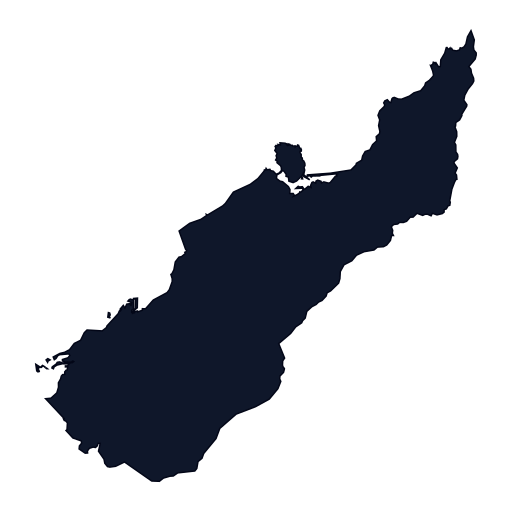 the district of Nelson City, Nelson City, New Zealand
{"feature_id": "76426892B89864020181471", "entity_name": "Nelson City", "entity_type": "district", "adm_level": 2, "iso_a3": "NZL", "parent_name": "New Zealand", "parent_adm1": "Nelson City", "projection": "robinson", "projection_center": [173.399, -41.222], "detail": "fine", "context": "isolated", "style": "filled", "palette": "ink", "viewbox_px": 512, "rotation_deg": 0, "n_neighbors": 0, "source": "geoboundaries", "source_scale": "gbopen_adm2", "svg_char_len": 5977}
<svg xmlns="http://www.w3.org/2000/svg" viewBox="0 0 512 512"><path d="M151.7,481.0L159.4,481.3L163.4,478.1L170.0,476.2L173.3,476.0L177.7,472.9L194.8,471.0L196.8,468.5L198.0,461.6L202.0,458.3L203.7,453.5L216.0,438.6L219.8,428.4L236.2,414.1L255.5,406.7L269.3,399.1L277.9,388.7L280.8,381.4L279.7,379.0L279.9,376.1L283.5,372.4L284.3,369.5L284.4,368.5L283.0,366.8L282.5,365.2L282.7,360.9L284.6,358.1L278.7,343.6L290.7,333.4L295.7,326.9L301.7,322.8L302.6,320.7L305.2,318.1L306.8,311.4L311.9,306.7L316.1,304.5L318.5,302.1L322.0,300.5L326.1,296.1L327.1,292.8L330.6,290.9L338.6,283.1L339.9,278.7L340.3,271.6L344.0,264.8L351.8,260.8L356.5,255.2L364.1,251.7L374.0,250.0L377.4,247.1L383.5,246.7L386.7,245.0L390.4,240.5L391.6,235.5L393.4,235.5L392.3,233.3L392.7,230.4L391.3,226.7L393.7,224.5L397.7,224.0L399.6,222.4L403.3,222.5L406.6,221.3L410.2,217.2L413.1,217.1L417.0,213.3L422.7,215.4L425.0,214.3L427.4,214.2L431.1,215.8L432.4,213.3L437.0,214.9L442.3,213.6L444.1,212.1L444.1,209.6L446.3,208.9L448.1,205.8L449.8,205.3L450.3,202.1L449.7,201.0L451.9,189.1L454.5,182.2L455.9,179.5L456.9,179.3L456.5,175.0L455.1,173.1L457.3,167.9L454.0,163.1L454.2,161.6L457.5,158.8L457.9,156.4L457.6,154.4L455.9,151.9L455.8,144.9L454.4,142.4L456.8,136.3L456.7,131.7L454.9,126.8L455.6,126.1L455.8,122.5L459.6,119.9L461.9,115.6L461.8,114.2L466.7,106.2L466.9,104.7L463.8,100.2L464.8,95.2L468.1,89.1L472.5,83.6L473.8,81.0L473.6,78.2L471.5,73.2L470.9,69.2L468.8,66.6L475.2,59.0L476.2,55.1L476.2,52.9L473.9,50.0L473.4,46.7L474.3,39.9L471.0,30.7L467.5,36.8L465.9,44.0L464.1,46.8L461.9,48.1L460.2,47.8L459.5,49.9L456.5,50.9L452.6,50.2L451.6,48.3L450.4,48.9L450.1,47.9L449.1,49.0L448.0,48.9L447.0,47.5L446.3,47.6L444.7,53.2L440.8,59.8L440.3,66.6L438.5,66.7L436.0,62.8L435.5,63.8L434.8,62.7L433.3,62.2L432.7,64.4L431.1,65.2L431.3,66.0L430.6,65.7L432.7,71.1L433.5,75.0L433.2,76.1L429.4,80.3L425.6,82.9L424.7,85.8L420.7,90.7L414.0,92.8L409.4,96.1L401.5,99.2L398.2,99.0L394.3,97.4L392.9,97.8L392.0,98.6L390.8,102.6L389.7,102.4L387.3,99.7L384.8,100.9L383.7,102.9L384.6,104.6L384.4,106.3L379.8,110.8L378.0,115.3L379.7,119.9L378.6,125.6L379.9,131.6L379.4,133.8L376.2,136.6L376.6,140.9L372.6,144.6L369.9,149.9L365.2,151.5L362.6,156.0L361.7,160.2L356.4,163.3L356.0,164.9L350.9,170.0L330.3,173.2L307.4,174.9L307.1,176.2L310.0,175.8L311.2,177.1L312.5,176.0L319.7,175.9L321.1,175.3L336.8,173.8L337.4,174.0L336.4,174.6L336.9,175.9L335.4,176.2L330.1,182.7L328.4,183.1L323.8,181.9L321.5,183.0L321.0,181.3L317.7,180.1L316.0,181.1L315.7,183.2L313.1,181.9L311.9,182.5L310.6,185.5L311.1,187.5L308.2,186.3L304.9,189.1L303.9,188.9L302.4,186.7L299.6,187.0L298.2,186.3L295.8,188.5L302.3,188.2L303.2,190.0L300.8,192.1L299.8,191.9L299.6,192.8L297.2,194.6L293.6,196.2L294.3,195.2L293.2,193.5L289.7,193.5L290.0,189.6L288.4,186.6L282.6,181.7L279.9,181.1L276.5,178.5L276.8,175.0L280.9,172.6L282.2,170.7L283.9,171.1L286.2,174.4L286.0,176.3L288.4,177.1L288.9,181.2L293.1,182.6L296.6,181.0L301.0,176.6L302.1,177.8L301.6,178.8L302.6,178.9L301.9,175.9L303.0,173.5L303.8,176.6L309.7,179.8L303.7,174.7L304.7,170.0L304.0,167.4L305.0,165.4L304.8,163.2L303.7,160.9L302.6,160.4L302.2,157.9L301.2,157.3L301.2,154.5L299.8,152.2L300.1,151.3L301.3,151.1L301.4,149.8L300.8,148.3L299.8,148.4L298.6,145.3L297.6,145.0L297.3,146.3L296.1,146.2L295.2,147.0L295.1,145.9L292.6,146.1L292.3,145.3L290.6,145.3L289.8,144.3L288.2,143.9L288.7,145.2L287.8,145.5L287.7,144.7L286.6,144.8L286.3,143.7L285.1,143.2L280.0,142.8L280.4,145.0L278.0,144.5L278.3,145.2L277.7,145.9L276.0,145.4L275.1,146.5L275.9,147.9L274.8,150.5L277.2,153.5L276.1,155.7L276.8,158.0L275.6,160.0L277.6,161.6L277.0,162.7L280.6,165.7L281.3,167.5L281.5,170.4L279.0,173.1L276.1,174.2L273.3,171.2L270.6,170.6L269.9,169.3L267.1,169.8L266.1,168.4L265.6,170.0L264.4,169.9L264.1,171.1L258.0,178.5L250.3,184.3L233.4,192.1L225.4,203.4L222.7,205.9L207.5,215.0L206.3,214.4L206.6,215.5L201.0,219.3L189.7,223.3L179.1,231.0L185.6,249.3L186.7,250.2L186.0,251.8L184.8,252.3L185.3,253.3L184.8,254.0L181.4,256.7L179.0,257.1L175.3,261.9L173.9,269.8L171.9,273.8L170.9,274.4L172.2,278.7L172.2,281.6L169.3,289.7L167.1,292.6L153.3,300.0L145.5,308.8L142.4,308.7L142.3,310.3L137.5,311.9L137.4,311.0L134.9,311.5L134.6,312.7L133.1,313.2L134.5,310.0L137.3,307.8L137.5,298.1L132.9,298.5L135.5,299.3L135.4,301.4L135.1,308.6L133.9,309.5L132.5,312.6L131.7,312.6L131.6,310.8L131.8,310.0L133.3,309.5L133.5,300.1L130.4,299.1L129.2,299.6L127.9,301.1L131.8,302.5L131.3,305.3L130.8,303.8L131.0,305.5L130.5,305.4L130.2,303.6L126.8,304.1L124.9,308.1L123.3,305.4L120.4,308.8L121.0,309.0L120.1,310.2L121.1,309.9L120.2,311.2L119.4,311.0L118.2,313.7L107.0,325.9L106.4,327.6L102.2,330.9L87.0,330.0L84.3,332.7L80.6,340.3L74.3,343.4L69.5,349.7L64.6,352.3L59.9,353.4L53.2,357.0L54.3,359.7L56.0,358.5L57.8,355.7L59.7,354.7L68.8,353.9L69.9,355.5L67.9,357.8L62.4,359.5L62.5,361.0L64.8,361.8L71.2,361.9L72.9,361.0L73.8,361.6L72.3,362.7L62.7,363.0L59.5,361.9L57.3,362.3L56.1,364.1L52.3,366.8L51.9,368.0L53.4,368.8L54.2,366.8L57.0,365.1L62.3,363.8L69.3,363.9L67.5,365.9L65.4,365.9L65.4,366.9L67.7,366.8L67.1,370.1L66.1,370.2L64.7,371.9L64.8,374.4L62.6,374.6L61.3,376.1L60.6,378.9L58.4,382.8L58.5,387.2L56.8,392.9L50.9,398.2L45.6,398.7L64.0,418.4L63.4,418.7L64.3,420.5L65.5,420.8L67.4,422.8L67.0,429.7L66.0,430.5L72.9,438.0L81.3,440.9L81.6,443.2L79.4,445.9L79.1,449.0L85.2,453.2L87.6,453.0L87.4,451.0L89.4,448.3L93.1,447.1L95.5,447.5L97.4,445.7L98.0,443.4L100.2,443.4L98.5,451.2L104.0,459.2L104.8,463.3L107.5,466.6L109.8,467.1L115.6,466.3L124.5,462.0L151.7,481.0ZM40.5,367.3L35.8,364.3L36.7,370.7L37.7,371.8L38.9,371.7L39.3,371.4L39.3,371.2L37.6,371.0L38.7,370.0L36.6,368.1L36.3,365.4L36.6,366.9L38.5,368.4L39.0,367.8L37.9,366.6L39.6,367.3L41.4,367.4L42.8,365.9L45.5,367.2L42.5,365.4L40.5,367.3ZM109.2,316.9L110.2,314.9L109.7,313.0L108.4,312.6L107.8,317.2L110.4,318.0L109.2,316.9ZM47.6,362.3L48.0,361.1L50.1,359.9L47.8,358.6L46.1,359.9L47.6,362.3ZM47.4,368.7L46.4,367.9L45.8,368.0L46.7,368.7L47.4,368.7Z" fill="#0f172a" stroke="#020617" stroke-width="1.5"/></svg>